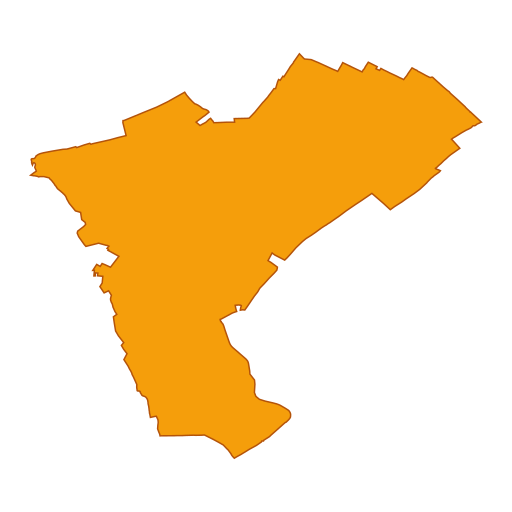 Dorohoi, Botosani, Romania (Natural Earth projection)
{"feature_id": "2599482B4941820035294", "entity_name": "Dorohoi", "entity_type": "district", "adm_level": 2, "iso_a3": "ROU", "parent_name": "Romania", "parent_adm1": "Botosani", "projection": "natural_earth1", "projection_center": [26.424, 47.967], "detail": "fine", "context": "isolated", "style": "filled", "palette": "amber", "viewbox_px": 512, "rotation_deg": 0, "n_neighbors": 0, "source": "geoboundaries", "source_scale": "gbopen_adm2", "svg_char_len": 5893}
<svg xmlns="http://www.w3.org/2000/svg" viewBox="0 0 512 512"><path d="M286.1,422.2L288.4,420.0L289.6,418.6L290.1,417.8L290.5,416.9L290.5,416.4L290.6,415.3L290.6,414.2L290.4,413.3L290.0,412.4L289.5,411.5L288.9,410.7L288.2,410.1L285.2,408.2L280.2,405.3L278.6,404.6L276.7,403.9L272.5,402.8L265.1,401.1L259.4,399.3L255.9,396.4L254.4,392.5L254.9,384.3L254.5,380.0L249.9,374.1L249.7,370.9L248.6,364.2L248.4,363.1L248.0,361.9L247.5,360.9L246.7,359.9L245.8,358.9L232.8,347.6L231.5,346.3L230.5,344.9L229.7,343.4L228.8,341.0L224.9,329.7L223.9,326.4L223.2,324.6L222.7,323.7L221.9,322.8L221.3,322.2L221.3,321.8L221.1,321.4L220.6,321.2L220.2,320.0L220.1,319.4L221.1,319.1L232.4,313.0L234.8,312.1L236.7,311.5L236.2,310.0L235.7,308.0L235.2,305.3L236.7,305.1L237.5,305.1L238.0,305.0L238.8,305.0L240.7,305.2L241.3,305.7L240.8,307.4L240.4,309.3L240.3,310.2L240.8,310.1L242.5,309.8L244.8,310.0L247.3,306.5L249.9,302.7L251.7,300.0L252.9,298.3L254.3,296.2L257.4,292.3L258.4,290.7L259.2,289.2L259.8,288.3L259.9,288.1L264.1,283.8L269.4,277.9L274.0,273.3L276.8,270.2L277.3,268.1L277.4,267.1L271.5,262.8L268.0,260.6L272.1,253.0L274.8,255.0L284.7,260.1L287.0,257.9L290.4,254.2L296.0,247.7L302.5,241.5L306.0,238.6L309.8,236.2L311.4,235.2L315.6,232.3L321.1,228.2L324.6,225.9L326.4,224.9L327.7,223.9L329.9,222.6L333.7,219.9L339.2,216.1L346.1,210.9L355.3,204.6L361.7,200.4L363.7,199.0L371.9,193.4L383.6,203.5L390.3,209.7L394.7,206.5L401.8,202.0L406.1,198.9L414.2,193.5L419.7,189.4L426.8,182.8L427.3,182.1L431.2,178.1L433.2,176.6L434.0,175.8L438.8,172.4L439.6,171.7L440.4,170.7L438.9,170.0L436.1,169.0L435.5,168.6L435.4,168.5L435.4,168.3L436.6,167.5L439.1,165.1L440.8,163.7L443.8,160.7L446.4,158.5L448.3,156.7L450.7,154.7L459.8,148.3L453.5,141.3L451.5,139.2L453.4,137.8L455.2,136.8L461.9,132.6L466.3,130.1L468.1,129.3L470.8,127.9L471.8,127.1L472.4,126.3L473.0,125.8L473.5,125.7L474.1,125.8L474.7,125.7L475.5,125.4L477.1,124.1L479.6,123.0L480.9,122.2L481.3,122.1L479.0,119.9L470.6,112.1L470.3,112.0L470.4,111.9L470.0,111.6L466.9,108.7L465.6,107.4L465.2,106.8L456.9,99.1L450.4,93.3L449.0,91.5L448.7,91.4L447.1,90.2L443.1,86.8L434.4,78.9L432.9,77.5L432.6,77.3L432.1,77.1L430.3,77.5L429.7,77.4L425.7,75.4L423.2,74.0L419.3,71.9L418.1,71.4L417.0,70.4L414.8,69.4L412.7,68.2L412.0,67.9L408.0,73.6L406.8,75.6L404.5,78.4L403.7,79.6L401.6,78.5L399.5,77.6L396.6,76.1L389.5,72.8L387.4,71.7L383.6,69.9L380.9,68.4L379.6,70.4L376.0,68.8L377.2,66.7L368.3,62.2L365.4,66.6L364.3,68.8L363.4,69.6L362.1,71.9L353.4,67.8L342.7,62.6L341.7,64.6L337.7,71.4L336.1,70.6L332.7,69.2L317.9,62.4L316.8,62.0L311.9,59.9L311.1,59.6L304.5,59.0L303.6,58.2L299.4,53.8L294.0,61.5L293.6,62.0L293.5,62.5L293.1,63.2L290.4,66.5L288.7,69.3L283.9,76.8L282.9,76.2L280.2,80.3L278.6,79.5L277.7,81.5L275.6,88.6L274.0,88.6L271.6,91.9L270.4,93.5L269.9,94.1L268.8,95.5L267.8,97.0L263.8,101.5L262.8,102.5L255.0,112.0L249.2,118.1L247.8,118.3L234.2,118.6L234.6,122.2L226.9,122.2L217.7,122.6L213.8,122.7L212.7,120.8L211.9,120.0L210.6,118.3L209.2,119.2L206.2,122.0L205.2,122.7L204.3,123.1L203.6,123.6L203.0,123.8L200.0,125.5L196.1,122.1L203.0,116.8L204.8,115.6L209.0,112.2L208.7,111.5L208.0,110.8L207.1,110.2L206.0,109.6L203.8,109.0L202.8,108.6L202.3,108.3L200.5,106.8L198.1,105.2L196.1,104.2L194.8,103.8L192.4,101.6L189.4,98.4L186.6,95.1L184.7,92.2L167.4,101.9L156.7,107.1L143.4,112.5L124.8,120.2L123.6,120.6L123.0,120.6L122.9,122.7L126.1,135.6L117.9,137.6L110.0,139.8L92.2,143.8L90.9,144.3L89.8,143.3L84.0,145.0L76.7,147.6L76.4,147.3L75.8,146.7L66.8,149.1L63.0,149.3L52.3,151.1L43.4,152.8L40.0,153.7L38.2,154.5L36.0,156.0L35.8,156.6L35.4,157.3L34.6,158.3L34.3,158.5L33.8,158.6L32.0,158.7L31.4,159.0L31.2,159.5L31.7,161.7L31.8,161.9L31.6,162.6L32.1,164.3L32.5,165.1L32.8,164.2L33.2,163.2L33.6,162.8L33.8,162.7L34.1,162.7L34.5,163.0L35.0,163.4L35.3,164.0L35.4,164.5L35.3,165.5L34.8,167.0L34.8,167.5L36.0,170.2L36.3,171.2L34.0,172.7L30.7,175.2L33.8,175.8L34.6,175.8L36.8,176.2L37.8,176.5L38.7,176.9L39.9,176.6L44.0,176.6L49.2,177.9L49.9,179.0L51.1,180.0L52.0,181.0L52.9,182.2L53.9,183.4L55.1,185.4L56.2,186.5L56.6,187.5L57.1,188.0L57.3,188.4L57.6,188.8L58.9,189.8L59.6,190.5L60.5,191.0L61.0,191.6L62.6,192.9L63.4,193.8L64.2,194.4L65.4,195.9L66.2,197.3L66.8,199.0L69.3,203.4L75.4,210.9L80.6,212.4L81.7,219.6L85.2,222.4L85.6,224.5L83.7,226.5L77.7,231.1L77.2,233.1L78.7,236.7L84.3,244.6L85.9,246.4L98.6,243.2L106.2,245.3L107.5,245.5L108.9,246.2L107.0,248.4L108.5,249.4L107.9,250.3L118.9,256.3L110.5,267.2L105.0,264.7L102.1,263.5L100.2,266.4L96.7,264.4L92.8,270.4L94.4,270.3L93.9,275.9L95.2,275.9L95.4,272.9L97.9,273.1L97.5,275.8L102.8,276.3L102.2,283.0L99.9,286.6L104.1,292.9L108.6,290.8L111.1,294.8L111.4,295.2L111.0,296.6L110.5,298.8L110.6,300.1L111.3,302.2L112.2,303.8L112.6,305.3L113.0,307.1L115.0,311.6L116.8,314.3L113.4,316.8L114.4,323.7L115.6,331.0L118.4,335.8L123.7,342.6L121.4,345.4L123.6,349.2L127.0,353.7L123.9,359.6L128.1,366.1L129.5,369.0L130.8,371.1L131.8,373.2L132.1,374.5L133.4,376.9L136.8,384.5L136.7,387.1L136.8,388.2L137.0,389.2L137.1,390.3L137.2,390.7L137.4,390.9L138.3,391.0L139.7,391.2L140.0,391.5L140.2,391.8L140.2,392.5L140.4,392.8L140.9,393.5L141.7,394.9L142.0,395.3L142.5,395.7L145.0,396.6L145.9,397.2L147.1,398.8L147.3,399.5L147.6,400.0L148.0,402.2L148.1,403.8L148.7,406.3L149.1,409.3L149.1,409.9L149.4,411.5L149.5,413.2L149.8,414.1L150.4,417.4L155.0,416.4L156.4,416.3L156.9,417.5L157.9,419.6L158.1,421.0L158.2,422.7L157.9,424.9L157.6,428.8L158.7,431.8L159.6,433.9L160.1,435.9L160.5,435.8L174.4,435.7L176.9,435.6L181.8,435.6L186.1,435.4L193.3,435.2L195.8,435.3L201.2,435.2L204.4,435.0L205.9,435.7L214.2,439.9L218.8,442.4L222.8,444.7L223.3,445.0L227.0,448.9L228.1,449.9L231.2,454.1L231.2,454.3L231.3,454.6L231.8,455.3L232.6,456.4L234.3,458.2L237.0,456.6L240.7,454.6L249.5,449.2L256.6,445.3L261.5,441.9L261.8,441.0L263.5,441.0L263.8,440.2L269.5,436.6L270.8,435.3L284.3,423.3L285.4,422.4L286.1,422.2Z" fill="#f59e0b" stroke="#b45309" stroke-width="1.5"/></svg>